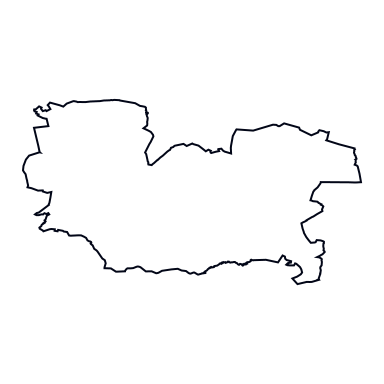 outline of Jaunsātu pag., Tukums, Latvia
{"feature_id": "27541924B49068002315301", "entity_name": "Jaunsātu pag.", "entity_type": "district", "adm_level": 2, "iso_a3": "LVA", "parent_name": "Latvia", "parent_adm1": "Tukums", "projection": "robinson", "projection_center": [22.923, 56.96], "detail": "fine", "context": "isolated", "style": "outline", "palette": "ink", "viewbox_px": 384, "rotation_deg": 0, "n_neighbors": 0, "source": "geoboundaries", "source_scale": "gbopen_adm2", "svg_char_len": 5915}
<svg xmlns="http://www.w3.org/2000/svg" viewBox="0 0 384 384"><path d="M27.5,187.3L31.5,188.2L38.0,190.6L43.6,190.4L43.0,190.7L42.9,191.5L47.2,192.9L51.3,192.0L50.4,197.6L49.4,202.9L48.7,204.4L48.9,204.9L38.7,212.6L36.8,213.0L35.0,214.4L36.4,215.1L39.0,215.1L41.3,214.4L43.2,214.4L43.5,214.0L44.4,213.2L44.9,213.4L46.0,213.9L46.5,214.0L48.3,213.1L49.2,214.4L47.1,215.5L46.8,215.8L45.5,219.6L44.6,220.3L45.5,221.4L43.7,222.9L44.2,223.1L41.7,224.8L41.3,226.1L39.4,227.6L39.7,228.7L42.8,230.5L43.4,231.3L49.8,229.2L51.6,229.0L54.8,229.3L54.6,230.8L57.6,231.3L58.1,229.9L62.9,230.8L63.7,231.5L67.1,232.0L69.1,235.5L70.7,235.7L78.7,235.3L81.2,235.4L84.0,236.7L86.1,237.9L87.5,240.4L89.2,241.3L90.4,241.5L91.1,242.0L91.3,242.7L90.6,243.4L90.7,243.7L91.0,244.1L92.7,245.4L94.2,248.8L96.5,250.4L97.5,251.5L102.3,258.5L104.8,260.2L105.7,263.3L104.5,267.4L104.5,268.2L110.9,268.4L116.0,271.7L116.3,271.7L125.0,271.3L125.0,270.9L126.2,269.3L127.0,268.6L127.6,268.3L131.1,268.3L133.2,268.1L136.2,266.9L137.4,266.5L138.1,266.5L139.7,266.9L140.6,267.3L145.8,271.4L151.6,271.3L156.1,273.2L156.7,273.2L158.4,272.8L162.0,270.8L171.4,269.4L177.8,268.8L181.6,270.5L184.9,270.9L186.1,271.1L188.7,273.1L190.0,273.6L190.7,273.6L193.3,272.6L194.0,272.5L194.5,272.6L197.7,274.5L198.2,274.6L202.1,273.5L202.2,273.3L203.1,273.4L204.1,273.1L205.0,273.1L205.4,273.0L205.4,272.6L205.2,272.4L204.5,272.3L204.3,272.2L204.9,271.7L205.2,271.3L206.3,270.8L207.3,270.0L207.8,269.2L209.5,268.2L209.4,267.8L209.5,267.7L210.2,267.9L211.0,267.6L211.0,267.0L211.2,266.9L212.2,267.4L213.9,267.1L214.4,266.6L214.1,266.3L214.3,266.1L217.2,265.6L219.4,264.1L219.6,263.7L220.0,263.7L220.3,263.4L221.5,263.8L221.8,263.5L221.4,263.0L221.7,262.8L222.1,262.4L222.5,262.4L222.6,262.9L222.8,263.0L223.0,262.8L223.1,262.3L223.3,262.1L224.1,262.5L225.2,262.1L225.6,262.3L225.8,262.8L226.1,262.7L226.3,262.4L227.7,262.2L227.9,261.7L228.3,261.8L228.8,261.6L229.7,262.4L230.2,262.4L230.6,262.6L231.4,262.3L232.6,262.3L233.9,262.0L234.9,262.0L235.4,262.3L235.6,262.7L236.9,263.1L237.8,264.2L238.6,264.7L239.1,264.8L240.0,263.9L240.9,264.0L242.0,264.8L242.3,265.3L242.8,265.6L243.1,265.4L243.2,265.2L242.8,264.5L243.0,264.2L243.5,264.2L244.0,263.8L244.3,263.8L245.1,263.9L245.1,264.5L246.0,264.4L246.1,264.2L245.9,263.8L245.9,263.5L247.2,263.6L247.2,263.0L246.5,262.7L246.8,262.4L247.6,262.3L247.8,262.1L248.8,262.1L249.7,261.8L250.7,261.1L250.6,260.5L250.7,260.0L251.2,259.7L251.7,260.0L253.1,260.3L253.2,260.2L265.9,259.8L278.0,262.4L282.6,255.5L284.9,256.6L285.2,258.7L286.6,260.0L291.1,261.2L290.9,262.6L288.4,262.9L288.4,263.3L287.4,263.6L286.3,264.7L287.4,265.2L289.7,265.4L294.0,265.4L295.1,263.4L296.3,263.8L299.5,266.6L300.1,267.2L301.3,269.4L302.1,272.5L300.8,274.3L297.2,276.6L292.4,278.5L297.5,284.1L306.8,281.9L309.8,282.0L311.8,281.9L318.7,279.9L318.3,279.6L319.0,279.4L318.8,278.6L318.8,278.1L320.1,274.4L320.1,273.7L320.3,273.7L320.8,270.2L320.2,268.0L320.5,266.8L321.6,265.4L321.9,261.9L321.5,260.3L321.8,259.6L321.6,258.8L319.3,257.4L317.2,257.1L319.9,255.8L321.4,254.8L322.4,254.4L324.7,252.0L324.6,251.5L323.5,250.4L323.8,248.8L323.3,246.5L323.3,245.4L323.5,243.5L323.9,243.2L323.9,241.7L323.0,241.2L320.6,240.4L316.7,240.1L315.6,242.2L314.7,242.5L310.8,242.8L308.8,240.4L306.3,237.1L303.9,232.8L303.8,232.0L302.6,228.6L301.4,223.3L302.7,222.5L304.9,221.5L306.7,220.5L306.6,220.2L312.3,216.9L313.2,216.6L317.1,214.1L322.4,211.1L322.0,209.3L322.4,208.6L323.3,206.4L322.2,205.3L321.0,204.8L321.2,204.2L320.6,204.1L319.4,203.2L318.5,202.9L318.1,202.3L317.4,201.7L315.1,201.4L313.0,201.2L311.4,200.5L310.5,200.3L312.0,195.4L313.4,191.5L314.3,190.5L314.3,190.2L317.6,187.4L320.3,183.6L320.8,182.5L320.8,182.1L349.3,182.3L355.4,182.5L361.0,182.2L359.5,173.7L357.7,166.4L356.8,165.5L354.7,164.7L355.8,162.3L355.6,161.4L355.8,159.5L355.6,159.4L356.5,158.8L356.0,157.3L355.7,156.9L355.7,156.2L355.4,155.6L354.8,155.1L354.7,154.7L354.7,154.3L354.0,152.8L354.1,151.9L354.3,151.4L354.2,150.1L354.9,149.4L354.4,148.8L354.5,148.4L339.0,144.3L326.3,140.3L327.1,139.2L328.8,132.2L326.4,132.5L323.7,131.2L319.4,130.2L318.3,131.5L318.2,132.4L311.3,135.3L300.0,129.8L299.1,127.6L284.1,123.4L279.7,126.1L278.2,126.1L276.3,124.9L273.0,124.7L253.2,130.6L236.5,129.4L236.0,130.1L232.8,136.1L231.0,146.0L230.9,147.4L230.8,147.8L231.1,153.5L224.6,151.6L223.0,150.6L221.4,148.7L218.3,149.1L218.2,149.2L219.1,151.1L216.0,151.7L211.2,153.0L210.7,152.6L210.4,152.0L210.4,151.4L210.8,150.8L208.4,149.7L205.8,151.3L203.2,149.2L198.5,145.6L193.2,144.1L192.3,143.5L186.7,146.0L183.5,143.9L174.9,145.7L174.4,145.9L173.3,147.0L171.0,147.8L170.0,149.9L169.1,150.3L167.3,151.6L162.8,155.7L160.2,157.6L157.7,160.0L157.5,159.9L154.0,163.1L152.5,164.2L151.7,165.1L148.4,164.5L148.2,163.8L148.3,163.1L148.3,162.2L147.7,161.3L147.4,159.6L146.3,154.6L146.2,154.1L145.1,152.5L149.4,144.0L150.6,142.1L153.4,136.4L153.0,134.8L150.9,132.0L148.6,130.7L143.5,128.3L147.1,125.5L147.2,125.0L147.3,123.2L147.1,121.9L147.4,120.8L147.7,118.3L147.6,117.6L147.0,116.3L146.7,115.0L146.9,114.6L146.4,114.1L146.5,113.9L147.7,113.5L147.9,113.2L147.9,112.9L147.7,112.7L146.0,112.5L146.0,112.3L146.4,111.9L146.4,111.4L146.2,110.5L145.9,110.3L146.1,109.8L145.9,108.9L145.9,107.6L144.9,106.8L142.5,106.3L140.0,105.9L135.2,103.2L119.9,100.5L119.6,100.2L114.2,99.9L112.4,100.2L111.2,100.0L109.8,100.3L103.8,100.5L100.0,101.1L90.4,101.5L85.3,102.1L79.6,102.0L77.6,102.1L76.5,101.6L73.8,101.1L72.9,101.3L66.7,103.6L63.3,106.6L59.8,105.3L50.0,102.6L47.7,105.1L48.8,106.4L50.4,109.1L46.5,111.1L45.7,110.2L42.8,111.1L41.0,108.8L41.0,108.7L41.6,107.6L39.1,106.4L35.7,109.4L34.2,109.4L34.0,110.1L34.5,111.3L36.7,112.0L36.1,113.5L38.5,114.4L37.7,115.5L42.7,118.0L45.7,118.7L46.6,118.8L48.4,126.1L34.0,127.8L38.3,145.8L39.6,152.0L40.0,152.4L39.5,152.3L29.1,155.6L25.9,159.6L23.5,165.9L23.0,170.4L24.1,172.2L25.6,174.2L26.5,178.5L27.2,180.9L27.2,181.6L28.1,185.4L27.5,187.3Z" fill="none" stroke="#020617" stroke-width="2"/></svg>